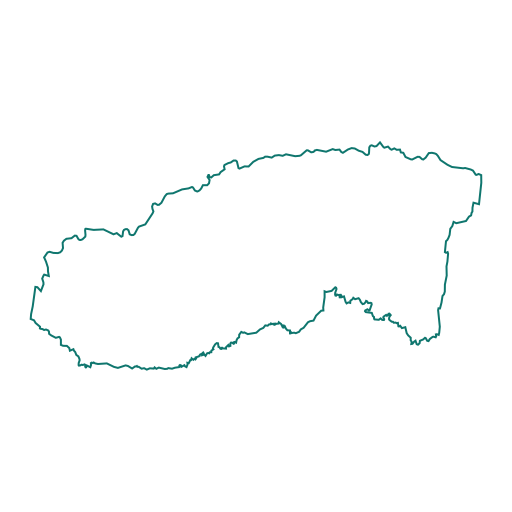 Crnel. Marcelino Maridueña, Guayas, Ecuador
{"feature_id": "8360857B68184402536651", "entity_name": "Crnel. Marcelino Maridueña", "entity_type": "district", "adm_level": 2, "iso_a3": "ECU", "parent_name": "Ecuador", "parent_adm1": "Guayas", "projection": "natural_earth1", "projection_center": [-79.381, -2.239], "detail": "fine", "context": "isolated", "style": "outline", "palette": "teal", "viewbox_px": 512, "rotation_deg": 0, "n_neighbors": 0, "source": "geoboundaries", "source_scale": "gbopen_adm2", "svg_char_len": 6040}
<svg xmlns="http://www.w3.org/2000/svg" viewBox="0 0 512 512"><path d="M417.6,156.8L412.2,159.5L410.7,159.3L405.5,157.0L403.3,152.8L400.8,152.4L400.0,149.6L396.7,149.8L394.3,148.4L391.6,149.7L390.4,149.1L388.0,146.6L384.3,147.7L383.2,146.8L380.0,142.4L376.5,146.1L374.5,146.5L371.7,145.3L370.4,145.7L369.3,147.3L369.0,153.2L368.7,154.1L367.5,155.0L365.7,154.7L362.5,151.9L358.7,150.7L354.8,148.5L351.6,148.1L347.9,149.5L342.9,152.8L341.3,152.0L339.5,149.6L335.3,150.0L332.7,149.1L326.1,151.7L316.9,149.9L314.7,150.5L314.4,151.2L313.2,152.0L311.2,152.3L307.8,150.3L306.7,150.3L300.9,155.3L299.5,155.8L295.2,156.2L286.0,154.3L282.7,155.8L278.9,155.1L274.8,155.6L271.7,157.6L267.6,156.7L265.1,156.7L263.4,157.9L258.5,158.9L253.3,161.8L248.6,166.5L244.5,166.4L239.5,168.6L238.5,168.1L236.9,161.5L235.7,160.5L233.6,160.5L230.7,162.5L228.3,163.1L224.5,165.0L224.0,166.3L224.6,169.3L220.6,172.1L219.1,174.4L213.8,175.2L211.2,177.5L209.7,177.1L208.9,175.0L208.4,175.0L207.5,176.9L209.6,180.0L209.0,183.3L207.2,185.2L202.9,185.2L201.2,188.5L199.6,190.3L198.3,191.1L197.2,191.5L194.9,190.5L193.0,187.5L192.0,187.0L188.5,188.4L182.1,189.4L173.0,193.3L168.3,193.6L166.7,194.1L164.8,196.4L161.4,202.8L159.0,204.8L157.6,204.9L155.1,203.4L153.1,203.9L152.1,206.5L152.5,209.0L153.4,211.4L152.6,213.3L145.3,224.4L139.0,226.6L138.0,227.7L134.7,233.9L133.4,235.0L131.5,235.1L129.7,234.3L128.5,230.3L127.0,229.1L125.4,229.2L124.0,229.9L123.1,231.4L122.5,236.1L121.3,236.7L116.7,233.1L113.5,234.3L103.4,229.4L93.6,229.9L85.8,228.7L85.3,229.0L85.1,230.5L85.5,234.9L85.3,236.6L82.5,239.3L80.7,240.0L79.4,239.9L78.4,239.1L76.5,235.8L74.8,235.6L71.5,238.2L66.4,238.8L63.9,240.7L62.6,242.8L63.0,248.1L61.9,250.6L60.2,252.3L57.9,253.1L53.3,252.9L49.6,251.8L47.5,252.5L44.1,257.4L46.0,261.6L47.9,267.5L48.0,271.4L48.8,276.0L44.2,274.6L43.6,275.4L42.2,278.6L43.4,282.3L43.5,284.3L40.9,291.1L37.4,287.2L35.4,286.9L32.7,306.5L31.1,314.1L30.7,319.0L34.0,320.3L35.6,323.0L40.0,326.7L39.9,328.4L40.3,328.7L42.6,329.1L44.1,330.0L46.0,329.5L48.3,330.5L49.0,331.7L49.1,333.8L51.2,335.4L55.8,337.8L59.1,336.9L59.9,337.4L60.9,339.6L60.9,344.9L63.1,345.8L66.9,345.9L69.3,348.1L69.9,350.7L73.4,349.2L73.9,350.6L75.2,352.0L76.3,354.9L78.4,356.4L79.5,359.1L79.6,360.4L78.7,363.0L78.6,365.1L78.9,365.6L80.0,365.5L81.6,364.7L82.7,365.0L84.6,364.4L85.4,365.0L85.2,366.7L85.7,367.4L86.2,367.3L86.9,365.5L90.3,367.2L91.0,365.1L90.9,363.1L91.8,362.6L92.9,363.1L93.7,362.5L95.1,363.4L98.0,364.0L106.8,363.4L114.0,366.9L117.9,367.9L125.6,365.4L128.0,366.0L132.1,368.5L135.1,366.4L136.1,366.5L136.9,366.0L137.5,366.8L138.7,366.8L141.6,368.7L144.1,368.2L146.8,369.6L149.9,368.3L153.8,368.6L154.6,367.4L156.3,368.8L158.8,367.6L164.8,369.0L167.2,368.8L168.3,368.1L172.0,368.7L175.0,367.7L179.1,367.1L179.6,366.5L179.4,365.5L180.0,365.0L181.0,365.4L181.4,366.8L184.4,365.2L185.0,366.3L186.5,367.1L187.6,364.3L187.4,362.8L188.8,363.1L190.3,360.1L191.0,360.1L191.6,358.3L193.3,359.8L194.5,358.7L195.4,359.4L196.2,358.3L195.9,357.3L198.9,356.4L200.3,354.4L201.7,353.9L203.2,352.5L203.7,353.3L202.5,355.1L204.3,354.6L205.5,355.9L207.1,353.3L208.1,353.0L209.2,353.3L209.7,352.3L211.3,352.2L211.4,350.6L213.4,349.3L212.9,348.5L213.2,347.5L215.1,344.4L216.7,343.1L218.0,343.3L218.5,346.9L219.4,347.2L220.5,348.8L221.4,348.9L221.6,347.9L222.0,347.7L223.0,348.4L226.0,348.6L225.9,347.4L228.3,345.0L229.0,346.4L230.4,345.9L230.3,343.5L231.0,342.6L231.7,342.6L233.7,343.8L234.0,343.6L233.4,342.5L233.8,342.2L234.8,341.9L236.1,342.6L236.6,340.1L237.5,338.4L239.1,337.3L239.2,334.7L241.3,331.9L243.1,332.8L244.3,332.4L247.8,334.1L256.3,332.7L260.0,329.4L263.3,327.9L265.3,325.4L267.7,325.7L269.2,324.3L270.6,324.3L271.0,323.5L271.6,324.0L274.4,323.7L274.0,324.6L274.6,324.8L276.4,323.8L278.5,323.6L278.8,322.3L281.1,324.0L282.3,326.4L282.9,325.4L283.7,325.5L283.7,327.5L284.1,327.4L284.3,326.3L284.8,326.2L285.9,328.6L287.4,330.3L290.0,330.5L290.0,333.4L290.6,333.4L291.2,332.5L291.6,333.0L294.2,332.7L295.8,333.2L299.1,331.8L300.8,329.4L303.6,327.8L308.0,322.2L310.1,321.2L313.5,320.6L316.1,315.6L321.2,310.7L323.4,310.5L323.2,307.5L324.6,297.3L324.6,291.3L326.3,292.0L331.6,290.9L335.3,287.3L336.1,287.7L336.5,289.0L335.2,292.8L335.1,294.6L335.5,295.6L336.1,295.7L337.0,294.5L338.1,295.0L340.8,294.8L341.2,295.4L339.6,296.6L339.7,297.3L341.3,297.3L344.0,296.4L345.6,301.9L346.6,303.4L348.4,302.4L350.2,302.9L350.4,300.7L352.5,299.2L353.3,297.8L355.1,299.2L358.6,298.2L359.9,299.8L360.8,302.0L362.6,304.1L364.0,303.8L365.4,302.4L366.1,300.9L367.2,301.4L368.1,303.1L370.6,302.8L371.4,303.1L371.7,304.4L369.6,310.3L368.9,310.4L367.4,309.3L365.2,310.5L365.0,311.2L365.8,312.1L371.8,312.9L372.9,316.1L374.0,317.0L374.1,318.8L374.5,319.4L378.8,319.8L380.6,318.4L382.2,319.9L383.9,320.0L384.2,319.2L383.3,317.4L383.5,316.7L386.1,314.9L386.9,315.8L387.9,314.7L389.4,315.2L388.9,313.7L389.4,313.6L390.7,315.1L389.4,316.7L389.0,319.0L389.4,319.9L391.7,321.7L393.0,321.8L393.7,322.7L395.7,322.6L396.7,323.2L397.9,322.9L398.4,326.3L399.0,326.5L400.2,325.8L401.9,328.1L405.3,327.2L406.7,333.2L408.2,335.4L410.7,337.7L410.7,340.3L411.7,341.9L411.3,344.0L412.5,343.8L414.2,341.6L415.5,340.7L416.7,344.2L418.0,344.7L419.6,343.2L419.9,340.8L423.1,339.5L425.0,337.8L425.7,338.1L427.2,340.8L428.5,341.1L429.8,339.0L432.6,336.9L433.5,336.7L435.7,337.3L436.2,336.3L435.9,334.4L436.9,334.2L438.7,334.9L439.2,332.9L439.8,326.7L438.1,310.1L438.5,308.3L439.9,308.5L440.1,308.0L441.5,302.6L442.5,296.0L444.0,294.2L444.8,291.6L444.9,284.6L446.7,275.6L446.5,266.4L447.4,261.7L448.1,253.7L447.6,252.1L446.1,252.8L444.9,252.1L446.0,241.2L447.3,240.0L448.4,238.0L449.6,234.9L450.3,228.8L452.3,226.1L453.6,221.9L456.3,223.2L466.0,221.0L469.0,216.6L471.1,215.4L471.6,212.8L472.4,211.6L472.5,207.7L473.5,202.7L479.0,204.2L481.3,182.8L481.2,175.1L478.6,174.0L476.5,174.9L475.7,174.7L473.0,170.6L470.7,169.5L465.1,168.0L463.2,168.3L452.0,167.0L447.5,164.8L440.5,160.1L437.9,155.9L436.3,154.1L434.7,153.4L431.9,152.8L428.8,153.1L425.7,157.6L423.3,159.5L422.1,159.2L419.5,156.9L417.6,156.8Z" fill="none" stroke="#0f766e" stroke-width="2"/></svg>